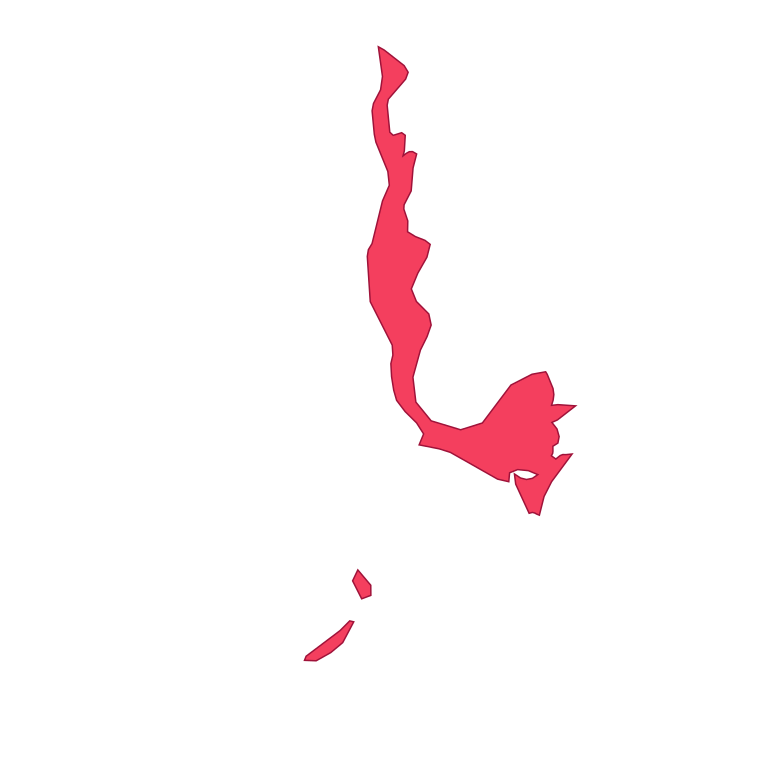 map outline of Acklins (orthographic projection), rotated 126°
{"feature_id": "BHS-5036", "entity_name": "Acklins", "entity_type": "District", "adm_level": 1, "iso_a3": "BHS", "parent_name": "The Bahamas", "parent_adm1": "", "projection": "orthographic", "projection_center": [-73.948, 22.452], "detail": "fine", "context": "isolated", "style": "filled", "palette": "rose", "viewbox_px": 768, "rotation_deg": 126, "n_neighbors": 0, "source": "natural_earth", "source_scale": "10m", "svg_char_len": 1661}
<svg xmlns="http://www.w3.org/2000/svg" viewBox="0 0 768 768"><g transform="rotate(126 384 384)"><path d="M302.8,235.9L298.5,231.2L289.1,216.2L311.2,222.6L316.4,225.6L318.7,217.6L323.6,211.4L329.6,208.6L335.1,210.8L339.1,207.8L340.9,206.8L343.7,206.4L343.7,200.9L338.3,199.4L336.0,197.9L334.2,195.3L330.1,190.7L364.5,191.0L380.9,188.4L398.8,181.2L399.5,184.0L399.8,186.3L400.7,188.5L403.3,190.6L387.6,218.6L380.1,225.6L379.8,218.3L377.5,212.6L373.1,208.5L366.9,206.3L369.2,216.2L374.7,225.6L382.0,230.2L389.7,225.6L394.2,236.2L400.3,290.1L404.0,301.2L412.6,319.8L401.1,322.6L396.3,334.8L393.9,350.7L389.8,364.2L383.3,372.5L373.6,382.2L363.5,390.4L355.4,393.8L347.7,400.2L325.5,443.5L290.6,472.5L284.5,475.6L277.4,476.2L236.8,492.8L220.1,496.5L209.8,505.8L193.1,532.7L187.7,538.6L170.0,554.2L163.2,557.4L148.0,559.7L136.1,566.0L114.5,586.8L113.7,580.3L114.6,554.8L117.6,547.7L124.6,545.7L151.0,547.9L156.6,545.3L176.9,527.3L177.4,522.7L170.3,517.4L170.3,513.0L183.4,504.6L188.2,502.7L184.2,501.5L181.2,500.1L179.2,497.5L178.7,492.8L192.1,487.5L211.8,475.5L227.2,473.1L230.8,470.8L238.1,460.6L247.0,454.4L246.3,445.3L243.7,435.3L243.9,428.7L256.2,423.8L274.4,421.8L291.0,417.8L298.2,406.3L301.0,388.9L308.6,380.5L320.4,377.0L335.1,374.5L361.5,364.6L379.9,347.6L386.1,324.2L376.0,295.1L357.7,281.5L310.2,280.7L289.1,270.0L279.1,260.4L280.2,257.7L288.3,244.6L292.7,240.4L297.6,237.7L302.8,235.9ZM654.3,285.9L650.0,287.0L621.8,278.4L609.3,274.6L595.8,272.5L594.2,268.7L606.1,267.0L617.5,265.4L632.6,269.2L647.8,276.2L654.3,285.9ZM554.6,276.4L562.7,270.4L570.9,275.8L561.7,293.7L549.8,295.9L554.6,276.4Z" fill="#f43f5e" stroke="#9f1239" stroke-width="1.5"/></g></svg>